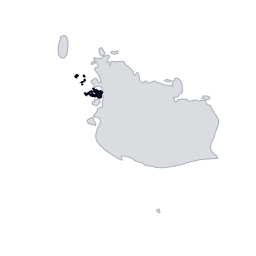 Yeosu-si, South Jeolla, South Korea (highlighted), rotated 110°
{"feature_id": "91817680B8944082307158", "entity_name": "Yeosu-si", "entity_type": "district", "adm_level": 2, "iso_a3": "KOR", "parent_name": "South Korea", "parent_adm1": "South Jeolla", "projection": "orthographic", "projection_center": [127.649, 34.449], "detail": "fine", "context": "in_parent", "style": "filled", "palette": "ink", "viewbox_px": 256, "rotation_deg": 110, "n_neighbors": 0, "source": "geoboundaries", "source_scale": "gbopen_adm2", "svg_char_len": 7938}
<svg xmlns="http://www.w3.org/2000/svg" viewBox="0 0 256 256"><g transform="rotate(110 128 128)"><path d="M77.9,62.6L78.8,62.0L78.8,61.0L78.9,57.9L81.3,55.8L84.8,51.3L86.5,48.9L88.4,46.7L90.7,45.2L92.8,44.5L96.3,44.2L102.8,44.5L104.1,44.2L108.6,44.0L109.7,44.4L113.0,44.6L116.7,44.3L118.6,43.7L120.3,42.5L121.7,40.5L123.3,36.8L124.9,33.8L125.8,33.3L132.7,48.9L139.2,58.9L144.8,66.1L152.9,80.1L155.4,87.6L155.7,92.2L157.2,98.6L156.1,102.3L156.5,108.1L156.1,111.1L155.2,113.3L155.2,117.6L155.5,119.8L155.6,122.8L156.3,124.0L157.2,124.4L158.6,123.3L160.4,122.8L160.2,126.4L158.2,135.5L156.4,142.2L154.0,148.0L150.8,153.3L146.9,155.5L144.1,156.2L138.8,156.6L134.4,155.7L130.7,156.4L129.2,157.5L128.1,159.4L128.9,162.3L128.8,164.5L127.2,164.3L124.0,163.1L120.4,162.9L118.8,162.3L117.1,159.3L115.4,159.4L112.4,161.2L107.9,161.6L106.3,162.6L105.7,163.9L106.4,165.5L108.7,167.6L107.9,169.8L105.5,170.9L103.6,168.2L102.4,165.6L101.1,165.5L99.0,166.2L98.5,169.0L99.5,170.9L101.1,173.2L98.9,175.7L98.3,177.5L96.6,178.8L92.3,175.9L92.9,173.8L94.8,171.9L95.1,169.8L94.4,168.6L88.2,173.7L84.3,179.6L82.3,179.2L81.4,177.6L80.2,177.0L76.0,180.8L75.2,183.8L73.7,183.9L73.0,182.6L73.0,179.9L72.3,177.6L68.1,174.2L66.2,171.2L67.2,169.6L70.8,170.5L73.6,170.4L73.1,169.0L72.2,168.4L74.1,167.6L75.7,166.0L74.4,165.6L72.4,166.5L70.7,166.0L70.1,162.2L68.1,158.2L67.1,154.4L69.2,152.2L70.2,148.8L72.1,143.9L73.1,142.3L75.6,141.2L76.5,139.9L75.1,139.2L72.9,138.6L73.0,137.2L74.5,136.4L76.2,134.9L79.5,133.0L80.6,129.4L79.7,128.5L77.6,127.6L78.1,125.8L79.0,124.4L78.6,123.6L76.3,121.2L74.7,119.1L75.2,116.6L74.9,112.9L75.1,109.9L75.0,108.2L73.9,104.4L73.4,100.6L71.9,101.1L70.6,102.1L66.2,100.7L64.8,100.6L64.3,97.7L65.9,94.3L69.7,91.3L71.9,91.0L73.5,89.6L76.1,89.2L79.1,91.3L81.8,91.8L83.3,95.4L84.2,96.1L84.4,94.8L86.7,93.3L87.2,92.1L86.7,91.5L84.2,90.8L82.0,86.4L81.7,84.4L80.8,83.2L82.1,79.7L79.5,75.6L78.3,74.3L78.5,70.7L77.1,68.3L76.4,67.1L75.9,64.9L76.4,63.9L77.5,63.5L77.9,62.6ZM67.3,222.0L66.0,222.7L64.8,222.2L64.4,221.9L63.0,219.8L62.6,218.8L63.6,216.8L67.7,213.7L78.2,210.7L80.1,210.6L84.2,211.9L85.0,214.4L84.3,216.6L83.3,218.0L78.5,220.4L74.8,221.5L67.3,222.0ZM137.4,166.9L134.7,169.1L131.0,166.2L130.1,164.7L132.9,162.3L135.2,159.6L136.7,159.4L137.4,166.9ZM118.0,166.8L117.7,170.2L115.6,170.4L114.4,168.2L113.1,169.3L112.5,169.3L111.4,166.6L111.3,164.4L113.6,162.8L115.1,163.8L117.2,164.3L118.0,166.8ZM65.1,181.8L63.3,182.3L62.2,181.1L61.5,180.7L62.0,179.2L65.0,176.1L65.6,175.0L68.4,175.7L69.4,177.4L68.1,179.9L65.1,181.8ZM74.8,64.2L74.6,68.8L73.1,68.6L72.0,68.1L71.6,67.2L70.6,62.9L71.8,61.1L74.0,62.5L74.8,64.2ZM63.5,169.1L63.1,170.0L61.9,169.7L60.6,167.3L60.1,165.4L58.9,164.3L60.9,162.7L63.5,165.7L63.5,169.1ZM71.4,107.6L70.9,109.9L69.1,108.4L68.6,103.4L70.5,104.9L71.4,107.6ZM196.7,71.9L195.5,73.0L193.9,72.0L193.7,70.9L194.5,69.9L196.3,69.3L197.1,70.1L196.7,71.9ZM80.1,182.9L80.6,184.6L78.3,184.2L77.0,182.6L77.2,181.2L78.6,181.1L80.1,182.9ZM110.3,173.5L110.0,174.6L108.5,173.0L110.0,171.2L110.3,173.5Z" fill="#d9dde1" stroke="#a8b0b8" stroke-width="1"/><path d="M102.9,165.8L102.8,166.0L102.4,166.3L102.4,166.6L102.7,166.8L102.9,166.8L103.0,166.7L103.4,166.8L103.4,167.1L103.6,167.3L103.8,167.8L103.5,167.8L103.4,167.8L103.8,167.9L103.9,168.1L103.8,168.3L103.7,168.2L103.4,168.1L103.5,168.2L103.4,168.3L103.6,168.4L103.9,168.4L104.0,168.3L104.1,168.1L104.3,168.6L104.2,168.7L104.2,168.8L104.3,168.8L104.4,169.0L104.2,168.9L104.1,169.2L104.0,169.4L103.8,169.5L103.7,169.6L103.5,169.4L103.5,169.5L103.4,169.5L103.6,169.6L103.3,169.9L103.2,169.8L103.1,170.1L103.3,170.0L103.2,170.5L103.4,170.5L103.4,170.3L103.5,170.2L103.6,170.5L103.8,170.4L103.9,170.5L104.0,170.8L103.9,170.6L103.5,170.6L103.4,170.5L103.2,170.9L103.2,171.2L103.5,171.4L103.5,171.6L103.4,171.5L103.2,171.6L103.3,171.7L103.2,171.7L103.3,172.0L103.6,172.1L104.0,172.9L104.1,173.0L103.9,172.6L103.9,172.4L104.1,172.2L104.3,172.2L105.1,172.5L105.3,172.8L105.3,173.0L105.6,172.9L105.6,173.0L105.9,173.1L105.7,172.8L105.5,172.7L105.6,172.4L105.8,172.2L105.7,172.3L105.6,172.2L105.5,172.3L105.4,172.2L105.5,172.0L105.5,171.9L105.6,171.6L105.3,171.3L105.2,171.3L105.1,171.1L105.3,171.2L105.4,171.3L105.7,171.1L105.3,170.9L105.3,170.7L105.2,170.5L105.1,170.4L105.2,170.2L105.4,169.9L105.4,170.1L105.6,170.2L105.7,170.3L105.8,170.3L105.8,170.2L105.6,169.9L105.8,169.6L106.0,169.1L106.3,168.9L106.2,168.7L106.3,168.6L106.4,168.8L106.6,168.9L106.9,169.4L107.3,169.6L107.5,169.8L108.4,169.5L108.4,169.4L108.5,169.2L109.0,169.2L108.9,168.9L109.0,168.7L109.0,168.3L108.8,167.8L109.0,167.7L109.1,167.1L109.3,167.0L109.4,166.7L109.5,166.6L109.4,166.4L109.6,166.3L109.6,166.2L109.4,166.2L109.4,165.9L109.6,165.7L109.6,165.1L109.5,164.9L109.3,164.8L109.0,164.9L108.6,164.9L108.7,165.2L108.3,164.9L107.7,165.0L107.5,164.9L107.3,164.8L106.9,165.4L106.6,165.7L106.3,165.5L105.7,166.0L105.3,165.7L105.6,165.7L105.6,165.4L105.3,165.5L105.0,165.2L104.9,165.2L104.9,165.3L104.7,165.2L104.3,164.5L104.3,164.3L104.6,164.1L104.1,164.2L103.2,164.1L102.9,164.3L103.3,164.7L103.3,165.0L103.2,165.4L102.9,165.8ZM109.1,169.4L108.6,169.4L108.5,169.5L108.7,169.8L108.8,170.0L109.1,170.3L109.0,170.6L109.1,170.8L109.3,171.0L108.8,171.4L108.7,171.7L108.2,172.1L108.1,172.5L108.1,172.9L107.9,173.1L107.9,173.4L108.0,173.6L108.3,173.6L108.6,173.7L108.8,174.1L109.4,174.3L110.3,174.5L110.4,174.3L110.4,174.0L110.1,174.0L110.0,173.8L110.1,173.5L110.1,173.2L110.3,173.1L110.2,172.3L110.3,172.0L110.2,171.8L109.7,171.2L109.8,170.9L109.8,170.5L109.9,170.4L110.0,170.6L110.0,170.2L109.9,170.0L109.1,169.4ZM109.6,176.6L109.3,176.3L109.2,176.1L109.3,175.9L108.8,175.8L108.2,175.9L107.7,176.2L107.4,176.2L107.5,176.4L107.8,176.5L108.1,176.7L108.3,176.5L108.2,177.0L108.3,177.1L108.5,177.1L108.4,177.4L108.7,177.5L109.0,177.5L109.4,177.7L109.4,177.9L110.1,178.0L110.2,177.8L110.3,177.8L109.9,177.3L109.6,177.3L109.5,177.2L109.9,177.1L109.6,176.6ZM108.2,163.7L107.9,163.6L107.5,163.8L107.3,164.2L107.5,164.4L107.4,164.4L107.6,164.6L107.9,164.5L108.0,164.6L108.3,164.5L108.8,164.5L109.0,164.3L108.7,163.8L108.5,163.7L108.4,163.7L108.4,163.8L108.2,163.7ZM96.8,194.7L96.2,194.3L96.0,194.0L95.8,193.2L95.5,193.0L95.4,193.4L95.4,194.0L95.5,194.4L96.0,194.8L96.4,195.0L96.8,194.7ZM94.8,187.3L94.9,186.7L94.6,186.2L93.8,187.0L93.6,187.6L94.2,187.7L94.8,187.3ZM105.6,164.6L105.0,165.0L105.3,165.4L105.7,165.4L105.6,165.7L105.4,165.7L105.4,165.8L105.6,166.0L106.3,165.5L105.6,164.6ZM106.6,174.7L106.2,174.6L105.9,174.7L105.7,175.0L105.9,175.1L106.1,175.6L106.3,175.7L106.6,175.4L106.7,175.6L106.8,175.4L106.8,175.1L106.6,174.9L106.6,174.7ZM110.5,179.2L110.4,179.2L110.6,179.0L110.5,178.9L110.3,179.0L110.2,179.2L110.3,179.3L110.3,179.5L110.1,179.8L110.0,180.0L110.3,180.0L110.0,180.2L110.0,180.5L110.3,180.5L110.5,180.5L110.6,180.3L110.6,180.1L110.5,179.9L110.6,179.5L110.8,179.2L110.6,179.3L110.5,179.2ZM97.0,193.9L97.0,193.5L96.9,193.2L96.7,193.0L96.1,192.9L96.2,193.2L96.5,193.4L96.5,193.6L96.5,193.9L96.8,194.1L97.0,193.9ZM103.2,173.4L103.0,173.5L102.7,173.6L102.6,173.4L102.4,173.5L102.5,173.9L102.8,173.7L102.9,174.0L103.1,174.2L103.3,173.9L103.5,173.9L103.6,173.7L103.4,173.4L103.2,173.6L103.2,173.4ZM98.9,185.4L98.9,185.0L98.7,184.7L98.2,184.6L98.1,184.9L98.5,185.3L98.6,185.5L98.9,185.4ZM111.1,177.6L110.9,177.7L110.7,177.6L110.6,177.8L110.3,177.8L110.3,178.0L110.3,178.3L110.2,178.3L110.1,178.2L110.0,178.3L110.3,178.5L110.5,178.5L110.4,178.4L110.6,178.1L110.7,178.4L110.8,178.3L111.0,178.4L111.0,178.2L110.7,177.8L111.1,177.6ZM97.8,185.3L97.9,185.0L97.8,184.7L97.6,184.8L97.2,185.1L97.2,185.3L97.6,185.6L97.8,185.3ZM100.6,186.9L100.6,186.4L100.5,186.2L100.3,186.3L100.0,186.4L100.3,186.8L100.3,187.0L100.8,187.3L100.6,186.9ZM103.0,186.1L103.0,185.9L102.8,185.6L102.4,185.6L102.5,186.3L103.0,186.1ZM108.6,170.4L108.4,170.2L108.2,170.1L108.3,170.0L108.4,169.9L108.0,170.0L108.1,170.4L108.5,170.6L108.6,170.4ZM98.1,195.0L98.2,194.2L98.0,194.4L98.0,195.1L98.1,195.0Z" fill="#0f172a" stroke="#020617" stroke-width="1.5"/></g></svg>